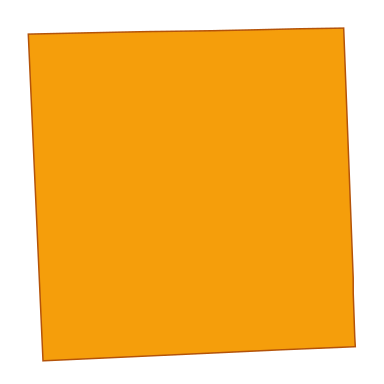 Randolph, Indiana, United States of America (Albers equal-area conic projection), rotated 268°
{"feature_id": "52423323B64945825583977", "entity_name": "Randolph", "entity_type": "district", "adm_level": 2, "iso_a3": "USA", "parent_name": "United States of America", "parent_adm1": "Indiana", "projection": "albers", "projection_center": [-84.948, 40.157], "detail": "fine", "context": "isolated", "style": "filled", "palette": "amber", "viewbox_px": 384, "rotation_deg": 268, "n_neighbors": 0, "source": "geoboundaries", "source_scale": "gbopen_adm2", "svg_char_len": 413}
<svg xmlns="http://www.w3.org/2000/svg" viewBox="0 0 384 384"><g transform="rotate(268 192 192)"><path d="M31.2,274.8L31.7,349.8L41.2,349.6L85.2,349.6L100.4,350.1L350.5,349.3L351.1,319.1L351.4,303.9L351.9,258.7L352.1,243.7L352.4,223.2L352.4,221.1L353.5,168.3L353.8,155.7L353.9,149.8L354.3,123.3L355.4,41.7L355.5,33.9L28.5,37.2L29.3,111.4L31.2,274.8Z" fill="#f59e0b" stroke="#b45309" stroke-width="1.5"/></g></svg>